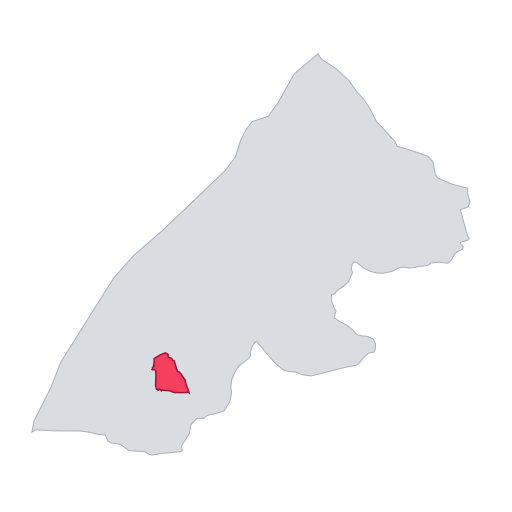 Putu, Grand Gedeh, Liberia (highlighted), rotated 94°
{"feature_id": "62588387B18265546179194", "entity_name": "Putu", "entity_type": "district", "adm_level": 2, "iso_a3": "LBR", "parent_name": "Liberia", "parent_adm1": "Grand Gedeh", "projection": "orthographic", "projection_center": [-8.216, 5.686], "detail": "fine", "context": "in_parent", "style": "filled", "palette": "rose", "viewbox_px": 512, "rotation_deg": 94, "n_neighbors": 0, "source": "geoboundaries", "source_scale": "gbopen_adm2", "svg_char_len": 3314}
<svg xmlns="http://www.w3.org/2000/svg" viewBox="0 0 512 512"><g transform="rotate(94 256 256)"><path d="M50.1,208.5L55.4,204.0L63.3,189.6L74.3,175.7L84.5,167.5L92.6,159.0L101.2,152.6L113.5,145.0L132.3,125.1L136.7,122.8L139.7,109.0L144.5,91.4L149.9,85.9L162.7,82.7L165.6,79.7L170.2,67.3L173.2,52.8L173.5,49.7L178.5,49.4L187.0,46.3L192.0,47.7L194.2,51.9L195.3,55.4L221.2,46.4L223.5,44.6L224.9,44.9L228.1,53.0L230.0,52.5L231.6,50.2L233.3,50.0L235.3,51.1L237.3,54.9L240.6,58.3L246.2,60.7L249.8,64.0L249.4,72.6L250.7,81.1L253.1,83.1L254.4,88.1L255.1,93.6L256.4,96.6L257.3,102.1L256.8,108.1L257.8,112.4L261.9,119.6L264.5,128.8L264.5,135.3L263.0,142.1L260.2,148.4L255.4,155.2L254.9,157.9L257.8,159.6L262.2,160.0L265.8,158.6L275.0,161.7L279.8,166.2L284.0,171.8L287.9,174.6L289.6,178.1L296.1,177.2L303.7,173.8L305.3,172.2L307.5,173.1L312.4,173.4L315.8,167.4L318.6,160.4L324.5,152.8L327.4,149.9L328.2,145.1L328.5,138.9L330.6,133.4L335.5,130.5L340.7,130.5L343.6,131.6L345.0,136.9L349.2,140.9L352.8,143.6L354.7,144.7L357.8,147.8L360.6,158.4L371.8,192.5L371.2,201.9L369.0,208.1L369.0,214.1L368.2,220.0L361.3,229.8L341.0,249.7L342.6,251.4L347.4,253.7L352.4,254.9L356.4,254.3L361.5,259.2L367.0,265.5L372.8,268.7L381.1,271.6L388.4,271.9L394.7,270.8L403.4,272.1L412.8,277.2L416.1,285.8L418.3,293.2L421.6,297.0L422.0,303.5L428.7,309.1L438.2,310.3L450.4,316.9L453.6,316.5L454.9,315.7L456.4,316.9L459.5,336.1L461.9,346.3L460.7,350.4L459.0,353.6L459.0,369.1L453.4,378.0L452.5,387.8L450.9,391.0L445.0,393.8L445.0,401.3L443.4,410.3L442.8,420.0L444.5,445.1L444.8,463.9L447.5,467.4L435.9,465.9L401.8,451.6L375.6,443.4L287.7,396.4L263.4,377.5L235.3,349.4L173.0,292.8L158.8,283.6L140.9,279.2L129.8,274.3L122.0,269.1L115.8,253.4L100.2,244.0L71.5,230.6L50.1,208.5Z" fill="#d9dde1" stroke="#a8b0b8" stroke-width="1"/><path d="M366.0,331.0L366.0,331.3L365.8,331.6L365.3,332.2L364.7,332.6L364.4,332.8L364.0,333.2L363.6,334.0L363.5,334.5L363.5,334.9L363.5,335.0L363.3,335.8L363.2,336.5L362.5,336.6L361.3,336.7L361.1,336.7L360.9,336.7L360.6,336.9L360.4,336.8L360.1,337.2L358.9,339.6L360.2,342.3L361.3,344.6L362.1,345.7L364.9,349.7L365.3,350.4L367.0,350.4L368.2,350.3L368.9,350.3L370.3,350.3L370.6,350.3L372.0,350.5L372.0,350.4L372.1,350.1L372.4,349.9L372.5,349.7L373.3,350.3L373.7,350.8L374.3,351.4L375.5,351.4L376.5,351.9L377.0,352.1L376.8,351.9L376.6,351.9L376.5,351.5L376.8,351.4L376.5,350.6L376.5,350.0L376.5,349.5L376.8,348.7L377.3,348.1L377.5,348.0L381.4,347.6L381.6,347.5L386.7,347.4L387.7,347.3L391.2,347.2L391.4,347.1L392.6,347.1L393.4,346.8L395.8,346.0L396.0,345.0L396.6,344.4L396.7,344.1L396.8,343.9L396.6,343.8L396.3,343.7L395.8,343.7L395.7,343.7L395.3,343.4L395.3,343.1L395.5,342.8L397.1,341.1L396.9,340.9L396.6,341.1L396.2,340.6L396.6,340.4L396.5,340.1L396.4,340.1L396.4,334.5L396.4,333.3L396.7,331.8L397.2,330.4L397.5,329.5L397.7,328.4L397.9,327.2L397.8,326.7L397.7,326.1L397.7,324.5L397.4,319.7L397.1,316.6L396.9,315.4L396.8,314.1L397.0,313.5L397.2,313.2L396.0,313.6L394.8,314.2L393.8,314.6L392.4,315.2L391.0,315.9L390.4,316.2L388.4,316.9L385.2,317.9L384.1,318.3L382.7,319.6L380.7,321.1L378.6,322.8L377.1,324.6L376.8,325.4L376.2,326.5L375.7,326.6L375.1,326.9L374.3,327.4L374.2,327.5L373.6,327.6L373.3,327.7L369.5,329.0L367.6,329.8L366.5,330.3L366.3,330.3L366.0,331.0Z" fill="#f43f5e" stroke="#9f1239" stroke-width="1.5"/></g></svg>